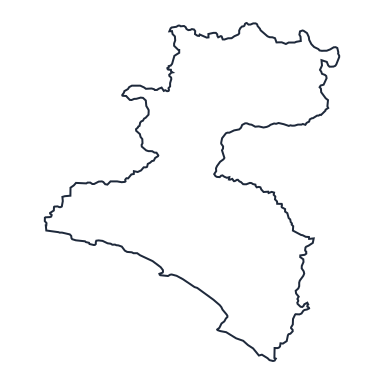 Nandayure, Guanacaste, Costa Rica (Mercator projection)
{"feature_id": "36466004B45904534583509", "entity_name": "Nandayure", "entity_type": "district", "adm_level": 2, "iso_a3": "CRI", "parent_name": "Costa Rica", "parent_adm1": "Guanacaste", "projection": "mercator", "projection_center": [-85.275, 9.901], "detail": "fine", "context": "isolated", "style": "outline", "palette": "slate", "viewbox_px": 384, "rotation_deg": 0, "n_neighbors": 0, "source": "geoboundaries", "source_scale": "gbopen_adm2", "svg_char_len": 5915}
<svg xmlns="http://www.w3.org/2000/svg" viewBox="0 0 384 384"><path d="M326.6,78.2L326.2,76.0L324.9,74.9L322.0,73.8L321.2,71.6L320.0,69.9L322.0,65.5L321.5,60.2L326.8,61.9L328.2,65.4L329.5,66.7L333.4,66.6L335.3,65.8L336.3,64.4L339.2,57.1L339.2,55.7L338.1,53.6L338.3,52.2L337.3,48.0L335.7,47.2L333.7,47.3L330.2,49.4L326.8,50.7L321.6,50.8L319.5,50.4L318.4,49.1L314.1,47.0L311.4,44.2L309.2,39.9L308.8,37.0L307.0,33.1L303.6,30.8L302.5,30.5L300.0,31.4L299.4,34.7L300.5,36.6L300.8,41.0L296.3,41.8L294.7,42.5L288.7,42.5L285.9,44.0L281.7,42.3L276.5,42.4L275.0,38.2L272.4,37.3L269.6,37.2L267.5,36.3L260.6,30.3L259.9,28.7L257.6,26.0L257.1,24.3L255.7,23.4L253.2,23.4L250.6,24.5L248.5,24.6L246.7,23.0L245.7,23.3L245.0,23.9L244.4,25.7L243.6,26.3L242.0,26.5L240.3,28.2L239.2,30.5L239.2,33.4L238.3,34.5L234.4,36.2L231.6,38.2L228.0,38.3L224.5,39.5L222.7,39.4L221.7,36.5L220.9,36.1L218.2,37.3L217.4,36.0L217.2,34.3L215.9,32.9L213.3,32.9L208.4,34.0L208.5,37.4L206.7,37.6L199.7,34.5L199.1,35.9L197.4,35.7L195.0,34.1L195.2,31.1L194.0,29.5L191.9,29.1L190.3,29.9L188.3,30.1L186.5,29.0L185.6,27.1L184.0,26.0L180.7,26.3L179.7,25.6L178.3,25.6L176.3,26.8L171.6,27.5L170.6,28.4L169.4,31.3L172.0,31.1L172.6,34.1L174.9,36.4L175.2,40.4L174.1,43.5L174.1,45.8L178.4,50.0L179.2,50.0L179.2,52.8L174.4,55.8L172.1,63.8L170.7,65.6L168.7,66.1L168.7,67.5L167.4,68.0L167.4,68.7L168.2,69.6L170.9,69.8L171.1,71.4L172.6,72.4L171.4,72.6L169.2,74.8L169.4,76.0L171.1,77.5L171.3,79.1L170.1,83.1L170.1,86.4L168.5,88.2L169.0,90.0L168.5,91.0L167.1,91.2L165.2,90.2L163.8,90.9L161.6,87.6L158.6,88.8L157.1,89.9L154.8,90.0L154.0,89.2L151.6,88.5L145.9,88.8L144.0,87.4L140.3,85.7L131.8,85.7L129.2,87.1L127.9,89.1L124.4,91.1L123.9,92.7L122.3,94.9L122.3,95.5L122.8,95.8L126.1,96.0L129.8,99.9L131.6,100.0L134.2,98.9L136.4,98.8L140.7,97.6L143.0,97.9L145.8,100.5L146.3,106.0L148.5,109.7L148.7,110.8L148.5,114.7L145.6,117.8L144.1,118.6L142.9,120.7L141.4,121.3L140.2,122.6L139.5,125.9L138.2,126.6L138.0,127.4L136.0,129.2L136.2,130.8L139.9,134.1L140.5,136.8L142.3,139.1L142.5,143.3L141.6,144.9L141.8,146.6L146.2,150.4L148.4,151.1L152.2,151.2L154.4,152.6L156.5,152.7L158.3,155.4L158.0,156.2L155.2,157.9L153.8,160.6L151.9,161.1L150.0,162.8L147.8,163.9L147.1,166.8L146.0,167.3L143.7,167.3L141.1,170.4L137.7,172.0L133.9,171.2L133.8,174.0L131.4,174.4L128.1,178.4L126.6,178.2L126.0,178.6L125.2,179.8L125.5,181.4L124.8,181.9L121.7,182.2L117.1,181.4L110.5,181.4L107.4,184.6L105.2,184.2L103.3,182.0L101.9,181.4L98.7,181.6L94.1,184.0L92.3,184.0L90.3,182.6L87.6,182.6L86.3,183.4L76.0,182.9L73.8,185.4L70.5,187.7L70.4,195.7L64.8,196.2L62.4,196.9L62.8,201.1L61.8,206.5L60.7,207.1L59.2,207.1L57.6,206.4L54.4,206.6L54.0,207.0L53.8,210.5L50.1,212.9L50.1,213.6L51.7,215.0L51.2,216.6L49.8,217.1L45.6,217.3L44.9,217.7L44.8,221.1L46.5,223.1L46.3,225.4L45.8,225.4L46.3,230.5L58.7,232.2L59.5,232.6L62.0,232.6L69.8,234.4L71.2,235.9L71.5,238.2L72.2,239.2L75.8,240.3L85.0,241.3L85.9,242.1L89.0,242.8L89.5,244.0L93.8,245.0L94.9,244.9L95.8,244.0L95.8,242.1L96.3,240.7L98.6,240.4L102.6,240.9L107.6,243.3L110.7,243.7L112.3,244.7L115.0,244.6L116.3,245.2L118.4,245.4L121.8,246.6L124.8,250.6L127.1,251.9L131.8,252.3L133.5,253.2L137.2,253.2L140.0,255.2L152.6,261.1L160.7,267.2L162.9,270.1L163.0,271.9L162.5,272.7L159.4,273.8L159.7,274.7L160.3,275.2L168.0,276.0L170.2,274.7L171.7,274.5L176.6,275.8L182.9,279.2L194.6,287.1L197.2,287.9L213.4,299.7L219.7,305.1L221.4,307.2L222.5,309.6L226.6,314.5L227.4,315.8L227.4,317.0L225.9,318.5L224.3,321.4L221.5,323.5L219.4,327.8L217.2,329.5L217.5,330.1L220.4,331.1L226.2,332.2L236.1,338.3L243.2,340.8L248.0,345.1L253.1,348.4L258.9,355.5L261.9,354.7L267.6,358.2L269.5,360.1L273.0,361.0L274.6,360.6L275.8,358.6L274.4,358.0L274.6,348.0L277.5,348.1L278.8,347.7L280.0,346.5L280.5,343.3L282.9,343.6L286.7,341.1L287.9,335.3L288.6,334.2L290.4,333.7L292.7,331.3L292.6,329.8L291.1,328.2L291.1,327.3L292.8,324.5L293.0,319.0L295.1,314.6L295.6,314.2L299.4,314.4L301.5,313.5L303.3,310.8L304.4,310.0L307.0,309.5L309.1,308.4L308.9,307.7L307.3,306.5L307.6,304.9L308.2,304.5L307.3,302.7L304.3,304.3L303.5,306.0L302.2,307.0L300.5,306.7L297.6,303.9L297.3,302.6L298.1,301.4L298.2,300.3L297.4,299.0L298.7,296.7L296.1,293.5L295.7,290.8L298.3,288.5L299.2,286.2L299.2,282.6L299.8,280.6L303.3,275.8L304.2,273.6L303.7,271.3L301.7,268.4L301.8,265.9L303.5,262.0L303.3,259.3L300.2,257.1L300.3,255.4L304.7,254.8L306.3,253.6L306.2,251.6L305.7,251.4L305.1,250.2L305.5,247.5L306.2,246.7L308.5,245.7L312.8,242.9L313.7,238.4L309.1,238.9L308.9,237.0L305.7,236.8L302.6,235.2L301.2,235.0L292.9,230.6L293.2,226.2L291.7,224.6L291.9,223.4L290.7,222.0L290.2,219.4L288.7,218.1L287.3,213.1L285.1,211.6L285.1,209.1L281.8,207.3L281.6,206.2L282.0,205.1L281.7,203.9L277.2,203.8L277.0,201.4L275.0,199.4L275.3,196.5L273.7,194.8L274.1,192.6L271.7,191.9L268.6,193.0L268.2,191.7L263.6,192.0L261.3,189.5L260.4,187.3L258.9,186.9L256.7,187.3L255.6,185.8L255.4,184.6L253.0,184.1L251.5,183.1L249.9,182.9L246.2,184.3L243.2,184.2L240.8,181.9L239.5,181.5L237.9,179.8L237.0,179.8L234.8,181.1L233.8,181.1L232.3,178.9L229.9,179.7L228.9,179.5L229.3,177.2L226.9,177.8L224.4,176.8L222.5,175.4L221.1,175.7L219.7,177.1L216.9,176.9L215.5,176.1L214.2,174.1L216.2,171.1L216.0,168.3L217.0,166.1L220.1,161.8L223.5,159.3L224.4,157.9L222.0,150.3L223.0,148.6L223.1,146.4L221.2,143.7L221.2,142.6L222.1,138.2L225.9,133.3L227.3,132.7L229.3,132.7L234.1,130.4L239.2,129.4L241.0,127.7L242.2,124.9L245.2,123.3L246.8,123.3L249.4,124.4L251.6,124.7L255.2,126.7L258.8,126.4L263.5,127.5L266.7,126.9L268.9,126.0L270.5,124.8L274.1,123.5L276.1,123.8L278.6,123.0L283.8,124.2L288.8,125.9L290.6,125.3L292.0,125.7L294.7,125.6L297.9,124.6L301.5,124.6L302.8,124.0L305.4,124.8L306.6,122.9L309.1,121.6L309.8,119.4L311.7,118.3L312.9,118.2L317.1,115.6L318.6,115.6L320.1,114.7L321.0,115.0L325.4,110.7L325.6,109.7L328.2,108.0L327.4,106.3L328.0,100.1L325.7,98.3L321.2,92.2L320.9,88.6L319.6,87.2L320.7,85.5L323.6,84.7L326.6,78.2Z" fill="none" stroke="#1e293b" stroke-width="2"/></svg>